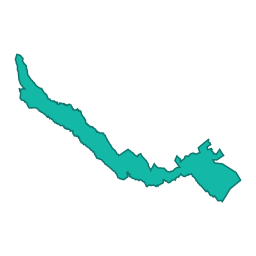 Gatanga, Central, Kenya (Robinson projection)
{"feature_id": "3690345B38957853356973", "entity_name": "Gatanga", "entity_type": "district", "adm_level": 2, "iso_a3": "KEN", "parent_name": "Kenya", "parent_adm1": "Central", "projection": "robinson", "projection_center": [37.015, -0.887], "detail": "fine", "context": "isolated", "style": "filled", "palette": "teal", "viewbox_px": 256, "rotation_deg": 0, "n_neighbors": 0, "source": "geoboundaries", "source_scale": "gbopen_adm2", "svg_char_len": 5811}
<svg xmlns="http://www.w3.org/2000/svg" viewBox="0 0 256 256"><path d="M64.5,103.9L64.0,103.8L64.0,104.1L63.7,104.1L63.3,103.5L62.3,103.8L60.8,103.0L60.2,103.4L59.6,103.1L59.3,103.8L59.4,104.2L59.0,104.5L58.0,104.4L57.3,103.9L57.4,103.6L56.8,103.6L56.7,103.3L57.1,102.7L56.9,102.7L57.0,102.3L56.3,102.5L55.6,101.9L54.9,102.0L54.4,101.1L54.1,101.0L53.6,101.4L53.1,101.0L51.4,100.9L50.1,100.1L50.1,99.3L48.1,98.7L47.6,98.2L47.8,97.9L46.6,94.8L46.0,94.3L45.6,94.4L45.1,93.3L44.2,93.1L43.8,92.6L43.4,91.4L42.9,91.0L42.1,89.2L41.7,89.2L41.4,88.4L40.3,88.4L37.1,86.5L36.7,85.9L35.8,85.4L35.0,84.0L34.3,83.5L34.3,82.7L32.9,81.9L32.3,80.7L31.0,79.7L30.4,78.5L29.3,77.5L29.2,76.7L27.8,75.0L27.6,74.5L27.7,73.7L27.3,72.7L27.4,71.0L26.4,68.8L26.6,68.4L26.3,67.5L26.4,66.8L26.2,65.7L25.7,65.4L25.2,64.6L24.4,64.3L24.5,63.9L23.8,63.2L22.7,61.4L22.7,59.7L23.0,59.0L22.8,58.1L21.8,57.3L20.8,55.9L19.5,55.0L16.9,54.4L15.4,59.5L16.1,61.4L16.3,63.0L17.5,65.9L17.4,69.7L18.3,72.1L19.0,79.7L20.5,83.9L22.5,86.6L24.8,88.9L22.1,88.9L21.5,89.3L20.8,90.2L19.7,88.7L19.4,88.7L19.8,91.5L20.8,92.9L20.2,97.1L20.2,98.4L20.5,98.8L21.7,100.1L23.5,100.4L24.5,101.0L24.6,101.8L26.5,102.8L27.9,105.9L29.2,108.0L30.4,107.7L31.3,108.1L33.4,107.7L35.6,107.7L38.2,109.3L39.2,110.9L39.7,110.6L41.4,112.3L42.5,112.4L43.8,113.8L45.7,114.9L46.7,116.5L47.0,116.7L48.0,116.2L47.8,117.2L49.2,117.4L49.7,118.0L49.8,118.6L50.6,118.4L51.9,119.4L52.6,119.4L53.4,121.2L54.8,121.9L54.9,122.7L56.3,122.7L56.5,123.3L57.4,124.0L57.8,124.0L58.2,123.6L60.4,125.6L62.6,125.6L63.7,126.0L64.2,126.9L63.9,127.2L64.0,127.5L65.0,128.4L65.6,128.5L66.1,128.9L66.4,128.2L67.0,128.2L67.7,129.3L68.1,129.4L68.5,129.0L69.3,129.3L70.1,130.0L70.2,131.2L70.8,131.2L71.9,130.4L72.5,130.7L73.1,131.8L72.7,132.9L73.2,133.5L73.3,134.1L73.9,134.7L74.2,135.8L75.8,135.9L76.7,136.4L77.2,135.9L77.4,136.6L78.8,136.9L79.0,137.2L78.7,137.9L78.8,138.2L79.7,139.0L79.9,140.3L80.5,140.9L80.6,141.7L81.4,142.2L81.5,142.8L82.2,142.6L83.3,143.8L83.4,144.3L83.8,144.7L85.2,144.5L86.5,146.3L90.0,148.5L90.2,149.5L92.5,150.9L92.9,151.9L93.7,151.7L93.9,151.9L94.5,153.2L94.5,154.0L95.2,155.2L95.9,155.8L95.9,156.3L96.8,158.1L101.8,159.8L102.8,161.4L103.5,161.5L105.1,164.0L105.9,164.6L106.6,164.6L108.0,166.2L109.6,167.2L111.5,169.2L112.5,169.8L113.4,171.0L114.4,171.2L115.0,171.8L115.4,172.2L115.6,173.2L116.5,173.8L117.5,176.2L117.6,176.9L118.2,177.8L120.2,178.8L121.6,178.9L122.0,179.4L124.2,179.5L125.2,178.7L125.4,178.1L126.6,177.8L127.5,177.0L127.4,176.3L127.8,175.9L126.9,173.1L127.2,172.1L127.8,171.9L127.8,172.8L128.8,174.1L129.5,174.0L130.0,174.3L129.3,175.3L129.4,176.6L129.6,176.7L130.6,176.7L132.3,178.2L133.6,178.4L135.7,179.7L137.1,179.2L138.7,180.5L138.9,180.6L139.7,179.6L141.6,180.2L143.0,181.6L144.5,182.2L145.8,184.7L146.0,185.6L146.9,186.6L147.4,186.5L147.8,185.6L149.1,185.3L149.7,184.7L151.0,185.6L153.1,185.0L153.6,185.3L154.3,185.3L155.5,186.2L156.7,186.5L157.2,185.2L158.1,185.9L158.2,185.2L158.6,185.0L159.8,184.8L160.8,183.9L162.7,183.3L163.2,182.3L163.3,181.3L163.7,180.7L163.1,180.5L163.1,180.1L163.7,179.5L164.7,180.1L165.6,181.1L166.9,181.4L168.3,182.8L168.6,182.7L170.4,182.0L172.2,180.1L173.1,180.0L174.1,179.5L174.6,179.6L175.2,180.1L176.0,178.0L177.3,177.1L178.2,176.9L178.7,177.2L179.3,175.8L180.3,174.8L180.7,174.0L181.0,173.9L181.4,174.8L183.2,176.1L184.1,176.5L185.3,176.4L186.6,175.4L187.3,175.2L187.6,174.7L188.2,175.0L188.6,174.4L189.0,174.7L191.4,173.9L192.6,175.8L192.6,176.3L194.1,177.2L195.8,179.3L196.1,180.7L197.3,181.4L197.9,182.9L199.0,183.5L199.2,184.3L200.3,185.4L201.0,185.5L201.6,186.5L202.0,186.7L205.8,191.5L206.1,191.6L207.1,190.6L207.4,191.3L208.2,191.6L208.5,192.5L209.4,193.4L209.4,194.2L210.5,195.5L211.0,195.6L211.8,195.2L213.2,197.0L214.7,196.0L215.5,197.5L216.0,197.6L217.8,200.6L219.0,200.8L220.9,200.3L222.3,201.6L230.1,188.8L240.6,180.2L236.0,172.5L222.2,163.8L214.6,163.0L212.9,159.8L216.9,159.9L223.6,155.4L221.6,152.7L219.7,149.4L216.2,154.5L215.4,153.9L214.6,153.9L214.1,153.4L213.6,153.7L213.2,152.4L212.0,151.2L211.4,150.9L211.4,150.3L211.6,150.3L212.1,149.5L211.6,149.2L211.3,148.5L207.8,149.7L207.1,146.8L210.6,144.6L210.1,144.1L210.2,143.2L209.8,143.2L208.4,141.5L208.4,140.9L208.0,140.5L208.7,139.5L208.5,139.4L198.3,147.8L199.9,152.6L195.5,154.2L193.9,153.2L192.3,153.2L190.3,154.2L189.5,155.0L188.7,156.4L188.3,156.6L186.8,155.9L185.1,156.3L184.4,158.6L182.3,160.2L180.5,161.9L180.3,161.7L180.2,160.9L180.5,160.3L180.5,159.2L178.1,157.3L176.9,156.0L174.9,160.5L179.8,167.3L177.1,167.5L175.1,168.7L173.6,170.3L172.3,171.3L171.0,171.3L170.3,171.9L169.6,172.1L166.5,171.2L166.2,170.2L165.5,169.9L164.6,168.7L163.8,168.1L162.6,168.3L160.1,167.9L159.2,168.1L157.8,167.7L155.5,165.6L154.3,163.8L150.7,170.4L150.5,169.1L149.3,167.9L149.0,166.7L148.2,165.6L148.2,163.9L147.0,162.4L146.5,161.1L141.8,156.0L140.7,153.7L138.3,154.8L138.0,156.0L137.5,156.6L137.3,156.5L134.6,155.0L132.9,152.8L131.1,151.9L130.1,150.7L128.7,150.2L128.1,149.3L119.0,155.5L118.1,154.3L117.1,154.1L115.2,150.7L112.2,148.0L110.6,145.0L109.5,143.8L108.6,142.0L107.3,140.2L107.3,139.6L106.6,138.8L106.1,137.4L105.4,136.6L105.3,135.4L104.5,135.1L103.4,133.4L103.1,133.7L102.2,132.9L99.5,133.1L99.2,132.4L97.0,132.2L97.3,131.3L96.1,130.8L95.6,129.4L93.6,128.0L93.3,127.4L92.8,127.1L92.7,127.4L92.4,127.3L91.3,126.6L90.9,126.8L90.5,126.5L90.4,126.8L89.9,126.7L88.4,125.0L88.1,125.2L87.4,124.4L86.9,124.2L86.8,123.4L86.1,123.5L85.4,121.7L85.6,120.1L84.6,119.4L84.7,119.0L84.4,118.4L84.1,118.4L84.0,117.6L83.2,117.0L82.3,115.6L81.2,113.6L81.2,112.3L80.4,110.9L79.4,110.7L78.7,111.2L78.3,110.4L78.6,110.0L77.4,108.9L76.7,109.6L76.2,109.8L76.1,110.2L73.1,109.8L73.2,109.0L72.4,108.5L71.9,106.6L71.2,106.0L71.0,105.1L69.2,104.2L67.8,105.0L67.4,105.8L67.0,105.8L66.8,104.9L65.5,104.6L64.9,105.1L64.5,103.9Z" fill="#14b8a6" stroke="#0f766e" stroke-width="1.5"/></svg>